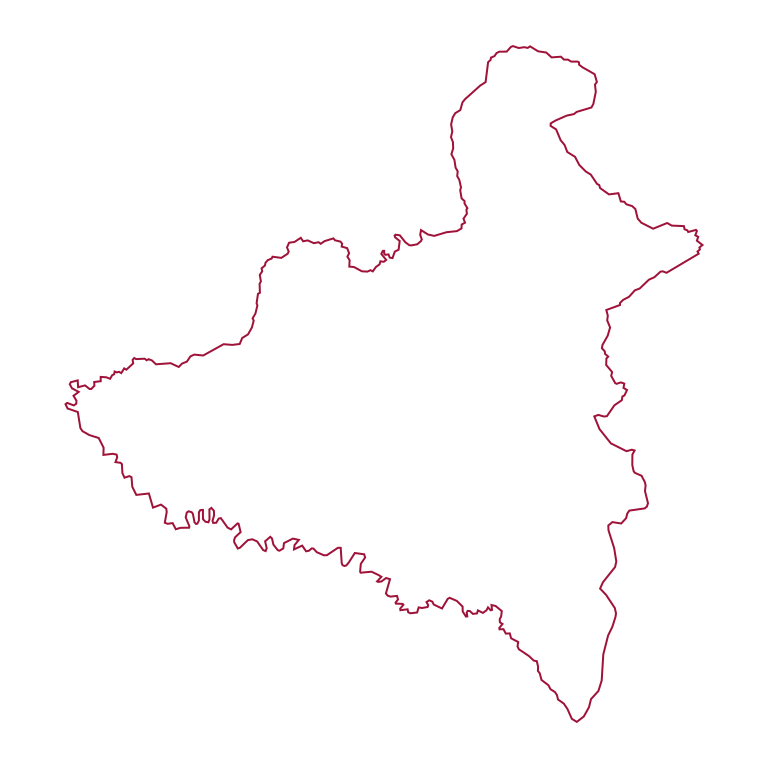 Montalvo, Los Rios, Ecuador
{"feature_id": "8360857B47637388687848", "entity_name": "Montalvo", "entity_type": "district", "adm_level": 2, "iso_a3": "ECU", "parent_name": "Ecuador", "parent_adm1": "Los Rios", "projection": "mercator", "projection_center": [-79.312, -1.802], "detail": "fine", "context": "isolated", "style": "outline", "palette": "rose", "viewbox_px": 768, "rotation_deg": 0, "n_neighbors": 0, "source": "geoboundaries", "source_scale": "gbopen_adm2", "svg_char_len": 6061}
<svg xmlns="http://www.w3.org/2000/svg" viewBox="0 0 768 768"><path d="M576.8,721.9L583.8,716.5L589.0,707.2L591.0,699.1L598.4,691.0L601.7,680.5L603.3,654.4L608.1,635.5L612.4,626.7L615.5,616.8L616.0,613.3L614.8,608.0L606.1,594.9L600.1,588.6L602.9,582.3L615.1,567.0L616.3,561.5L614.2,548.3L608.5,530.3L608.3,525.5L612.4,522.1L621.2,523.5L626.1,518.2L627.3,513.5L629.3,510.6L644.7,508.4L646.9,506.6L648.0,503.2L645.0,491.2L645.6,485.1L644.8,482.0L641.6,475.8L634.8,472.8L633.6,471.1L632.3,465.1L632.4,454.5L634.6,450.5L631.8,449.7L626.5,451.2L610.9,443.4L599.5,429.1L594.3,416.4L598.4,414.9L603.8,416.5L606.9,416.2L614.4,405.3L621.8,400.2L622.4,396.5L624.5,395.4L627.0,390.0L623.5,387.9L624.3,383.6L620.9,382.4L616.6,383.8L615.2,383.1L611.2,375.9L612.1,372.0L606.2,365.0L606.4,358.5L608.2,356.6L605.1,353.9L604.8,351.4L601.9,348.2L602.5,344.9L607.7,335.7L610.1,327.5L607.2,320.4L607.8,315.6L606.3,310.0L620.0,305.0L620.0,303.0L623.1,299.9L629.0,296.8L634.9,290.3L639.7,288.5L648.9,279.7L654.4,277.2L660.4,271.7L662.7,271.3L666.5,272.8L698.7,253.7L697.5,251.5L699.9,249.5L699.4,247.5L702.5,245.0L696.9,240.7L698.2,236.8L695.3,235.3L696.9,231.0L696.0,229.9L688.2,232.0L687.3,230.3L684.6,229.3L683.9,226.1L671.7,225.6L667.2,223.0L653.1,228.7L641.3,222.7L637.7,218.6L635.4,209.1L632.2,206.1L626.4,204.3L624.3,201.8L620.8,201.4L618.4,193.2L609.0,194.4L600.1,188.1L599.2,185.0L597.1,184.0L590.8,174.6L585.8,171.5L579.3,165.0L575.0,156.8L567.3,152.0L564.6,145.0L560.7,140.3L556.1,129.4L550.6,125.9L550.7,123.4L555.6,120.5L566.7,115.6L573.9,114.1L576.7,111.9L591.4,107.5L593.3,104.1L595.8,91.9L595.0,84.6L596.9,81.9L594.6,74.2L582.5,67.3L579.1,64.7L579.0,62.4L577.7,61.6L571.2,61.6L567.9,59.6L564.0,59.6L560.9,56.7L551.6,57.4L546.2,52.5L538.1,51.3L530.1,46.4L527.7,47.9L524.3,47.2L518.7,48.0L513.0,46.1L510.9,46.9L506.7,51.6L499.3,51.7L496.5,53.1L494.5,56.1L491.0,57.6L490.6,59.9L488.1,62.2L485.6,82.1L480.3,85.5L465.1,99.1L462.5,102.3L460.3,110.1L455.2,113.2L452.7,117.5L451.1,124.5L452.3,131.3L451.0,137.2L452.9,142.0L453.2,148.3L451.4,154.3L454.4,159.8L455.6,167.7L457.7,171.3L457.2,176.1L459.3,179.9L461.0,187.4L460.2,190.2L461.6,198.4L464.6,201.1L464.5,203.4L467.4,208.2L466.4,209.6L466.9,213.7L463.5,218.7L465.0,222.7L461.7,224.5L461.5,228.4L457.0,231.1L446.6,232.2L434.2,235.9L428.0,234.5L421.0,230.1L420.2,234.8L421.8,239.4L420.9,241.2L417.2,244.3L411.2,245.4L409.3,245.2L405.4,242.3L399.8,235.3L395.5,234.7L394.6,235.6L395.1,237.3L399.7,241.0L398.6,249.7L394.8,251.6L392.5,258.1L389.7,257.6L388.5,254.4L385.3,254.8L384.2,253.7L384.2,250.9L382.8,250.9L381.3,253.9L386.2,259.9L383.8,261.8L380.4,261.3L379.6,264.3L375.9,267.0L372.8,271.4L370.5,270.2L367.4,271.6L361.9,271.3L353.9,267.0L349.3,266.6L349.6,260.2L347.4,256.7L349.1,253.2L347.1,248.1L341.7,246.6L342.1,243.7L340.5,241.6L335.0,240.3L333.4,238.4L324.6,241.1L320.7,243.8L318.6,242.2L313.9,243.2L307.7,240.4L303.1,241.3L300.8,237.8L294.4,242.0L289.1,242.7L287.0,247.4L288.7,251.6L287.7,253.7L281.3,257.9L272.5,256.7L271.7,258.5L267.7,260.2L265.5,262.8L264.9,265.6L261.6,268.3L262.2,271.4L259.8,274.9L260.9,281.5L259.6,283.7L259.9,292.8L258.0,293.8L256.6,303.2L257.4,305.4L255.4,313.6L252.6,318.4L253.7,320.7L251.9,327.5L248.0,334.4L242.2,338.0L239.7,344.0L232.2,344.9L223.6,344.2L203.2,355.5L194.3,354.6L190.4,356.4L186.9,361.6L182.0,363.6L178.7,367.0L170.7,363.2L156.0,364.3L151.9,360.4L148.5,359.2L146.7,360.3L144.7,358.7L136.1,359.1L134.2,358.0L132.6,359.9L133.2,363.4L126.3,369.7L124.2,368.4L121.3,373.1L119.0,371.8L117.0,372.4L114.6,371.5L114.2,374.2L112.1,375.3L110.1,378.8L106.4,377.3L100.7,376.9L100.7,381.2L94.2,382.0L94.4,385.8L91.2,389.0L89.6,389.0L85.0,385.4L78.1,387.2L77.7,380.4L70.8,382.2L69.8,384.3L72.0,388.3L78.7,391.9L73.5,395.8L76.5,400.8L76.2,403.8L73.8,405.4L67.1,402.9L65.5,404.2L67.6,408.5L77.8,412.0L80.4,428.1L82.5,431.2L89.4,435.1L98.7,438.0L103.6,447.7L103.4,454.9L112.8,453.8L116.6,454.6L117.2,457.2L115.5,462.1L120.5,462.8L121.9,464.1L122.4,473.0L124.5,477.7L129.3,476.1L131.5,477.2L132.3,486.8L136.3,494.9L148.9,493.5L153.0,507.6L161.0,504.6L166.3,508.7L166.7,512.0L164.8,522.7L167.6,523.8L172.6,523.1L175.8,529.2L180.6,527.8L189.1,527.7L189.4,526.3L185.7,517.4L186.8,512.6L188.5,511.3L191.7,512.2L192.9,513.9L194.5,522.2L196.1,524.0L197.4,523.6L198.9,520.6L198.9,512.3L200.3,510.1L202.9,509.9L203.0,519.2L205.4,521.7L208.4,522.3L209.5,519.3L209.4,509.4L211.4,507.9L213.9,510.8L214.1,515.2L212.5,520.9L213.2,522.9L216.2,522.8L218.7,518.6L220.8,518.1L227.6,527.6L231.1,529.4L237.5,523.4L238.6,523.8L240.6,532.1L235.1,537.3L234.1,540.0L234.2,542.2L237.8,548.5L239.9,547.8L247.9,540.1L252.3,539.3L257.1,541.4L263.2,550.1L265.6,551.1L266.7,548.2L265.1,541.3L270.3,536.8L272.0,538.5L273.4,544.6L277.8,550.2L279.5,550.7L283.3,548.4L284.0,543.1L292.9,538.6L298.8,539.9L294.5,545.2L294.0,549.4L302.2,545.6L306.1,551.3L308.8,550.8L311.7,548.4L313.5,548.6L316.8,552.2L323.9,555.3L326.9,555.2L337.9,547.8L340.7,547.8L341.7,563.0L342.5,565.1L344.4,566.0L346.4,565.4L348.9,562.3L354.8,553.0L364.2,554.3L365.1,557.5L360.8,563.9L360.1,571.8L360.7,572.7L371.5,571.7L378.7,575.1L381.4,576.8L377.1,581.4L378.2,581.9L381.4,581.5L386.1,578.0L390.0,579.2L385.9,593.5L387.8,595.7L390.5,596.6L397.0,595.9L398.0,599.5L395.6,602.5L395.9,603.6L402.6,603.9L403.4,604.8L400.2,608.6L400.4,610.2L407.6,609.3L408.2,612.2L410.3,613.3L417.1,612.5L418.7,607.4L422.1,608.0L427.6,607.0L428.2,605.1L426.5,602.1L429.2,600.3L432.4,601.7L433.7,604.5L442.0,608.5L447.7,598.9L449.6,597.8L456.8,600.9L462.6,606.6L462.7,611.5L466.0,616.6L467.3,616.4L466.7,612.6L467.7,610.9L469.8,611.0L472.9,613.9L477.0,613.4L477.9,610.4L482.9,612.9L486.4,610.4L488.0,607.4L490.7,610.3L492.0,609.9L491.5,605.0L495.6,606.0L501.8,611.1L501.1,616.5L499.7,619.2L499.9,622.3L502.5,624.0L499.3,627.9L499.5,629.3L503.5,629.2L505.8,633.6L509.8,633.4L511.1,638.3L518.2,642.0L517.5,646.4L518.9,649.3L528.9,656.0L533.8,660.6L536.8,661.2L538.1,666.8L537.9,670.9L539.8,673.4L541.5,680.0L548.4,685.2L550.5,689.2L555.0,692.1L557.0,695.2L558.0,699.5L563.8,703.6L567.4,708.9L571.8,718.8L576.8,721.9Z" fill="none" stroke="#9f1239" stroke-width="2"/></svg>